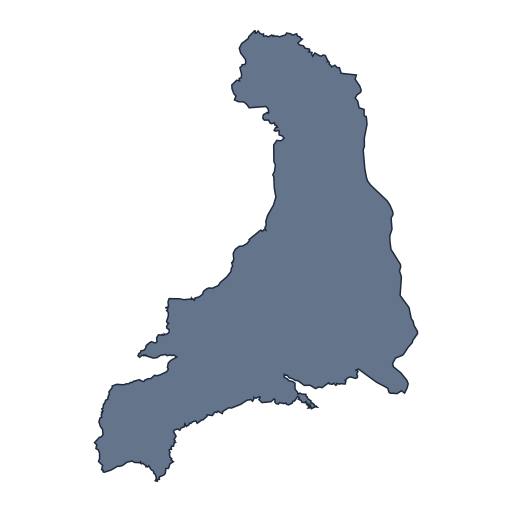 the district of Simití, Bolívar, Colombia
{"feature_id": "7082276B2772828416009", "entity_name": "Simití", "entity_type": "district", "adm_level": 2, "iso_a3": "COL", "parent_name": "Colombia", "parent_adm1": "Bolívar", "projection": "mercator", "projection_center": [-74.07, 7.876], "detail": "fine", "context": "isolated", "style": "filled", "palette": "slate", "viewbox_px": 512, "rotation_deg": 0, "n_neighbors": 0, "source": "geoboundaries", "source_scale": "gbopen_adm2", "svg_char_len": 6030}
<svg xmlns="http://www.w3.org/2000/svg" viewBox="0 0 512 512"><path d="M254.6,30.7L248.7,36.7L248.4,38.4L241.7,43.5L239.3,48.2L240.6,53.0L245.4,59.3L245.8,62.8L244.8,64.5L242.1,64.7L241.7,66.2L239.9,67.6L241.6,74.5L241.2,77.8L239.1,78.5L239.6,80.9L236.7,80.2L231.8,85.0L232.0,88.7L233.9,93.8L236.0,96.0L234.4,99.9L238.5,101.7L243.7,101.9L246.9,104.5L249.1,107.8L265.9,106.5L268.1,108.8L268.7,112.3L268.2,113.3L267.1,112.5L263.3,114.8L262.8,118.4L264.3,120.1L268.6,120.1L269.9,122.8L271.3,123.7L274.4,122.9L274.7,124.9L276.3,125.4L277.5,127.2L275.8,127.4L274.1,130.4L275.2,131.1L279.0,130.5L279.1,134.9L282.2,135.9L284.1,138.2L281.1,140.8L276.8,140.4L273.7,145.0L273.9,161.7L275.4,164.9L274.5,171.3L272.8,174.9L273.8,176.8L274.3,188.2L275.9,197.1L273.5,205.1L267.6,215.4L265.8,221.4L266.2,225.2L265.0,227.3L265.7,230.2L264.3,229.3L262.4,231.4L261.0,230.1L260.3,230.4L249.1,239.5L249.5,240.4L247.1,243.5L242.7,246.0L239.2,246.3L235.3,249.3L233.2,253.4L233.8,259.9L232.9,260.8L233.1,262.1L231.7,262.6L232.6,266.2L231.3,268.4L230.9,271.6L226.7,277.0L220.2,282.5L218.4,285.5L212.5,288.2L208.6,288.0L206.4,289.0L203.6,291.2L202.5,294.3L199.4,296.8L195.0,298.0L194.4,300.2L192.7,299.0L193.3,298.4L191.7,299.3L191.3,298.2L191.0,299.0L183.9,299.7L179.6,298.8L169.1,298.6L168.0,301.9L168.5,306.7L165.3,307.8L167.5,308.1L167.8,309.4L166.6,310.6L168.3,312.4L168.3,316.2L166.5,321.6L167.4,323.0L168.6,323.1L166.5,326.7L167.1,328.5L169.0,329.3L169.2,332.2L167.3,333.9L165.0,334.5L164.3,334.0L164.4,334.8L163.3,335.4L162.1,334.4L161.5,335.1L158.5,334.8L156.6,337.9L157.0,341.6L156.3,342.4L155.2,343.0L151.3,341.7L149.6,342.7L146.2,345.5L145.6,348.3L143.9,350.3L140.9,350.8L140.3,352.9L139.1,353.3L137.9,355.7L139.7,357.3L142.0,355.2L143.5,355.7L144.0,354.9L144.8,355.6L145.9,355.1L146.0,355.8L153.3,358.1L157.1,357.6L160.5,355.3L165.7,354.5L167.0,355.7L170.3,354.9L171.2,355.5L173.7,355.1L176.8,357.0L170.7,360.5L168.3,363.0L167.4,367.4L168.4,369.1L166.7,371.7L160.2,374.8L156.9,375.8L154.6,375.2L151.0,378.5L147.7,378.8L144.7,380.2L144.0,381.4L142.5,381.4L139.4,379.7L133.2,381.4L132.3,382.5L130.5,382.4L128.6,383.8L126.2,383.8L123.7,384.8L116.8,384.3L112.2,386.0L112.1,387.8L108.9,391.9L109.3,394.5L108.5,395.3L107.6,399.4L105.6,400.2L104.6,403.6L103.5,404.1L103.0,408.2L101.8,408.9L103.0,411.3L101.5,412.1L102.2,413.1L101.3,414.3L101.6,417.2L100.0,418.0L98.9,421.7L100.5,426.7L102.5,429.3L103.0,434.8L100.9,437.1L99.4,437.3L94.5,442.7L96.8,444.7L95.9,448.5L98.4,450.0L99.6,453.4L99.6,458.5L98.5,461.4L102.6,465.4L101.6,469.7L103.4,470.3L103.0,471.7L104.1,472.3L111.0,470.1L117.8,466.1L119.3,466.4L122.5,465.5L127.0,462.2L132.4,461.0L134.3,462.4L139.1,462.7L140.5,461.8L140.5,463.2L141.4,463.8L142.7,463.3L146.0,465.7L145.8,466.7L147.8,466.9L148.8,465.8L151.1,469.6L153.5,471.2L153.8,473.3L155.2,474.2L156.0,476.7L156.3,479.0L155.2,480.7L157.2,481.3L157.7,479.6L159.4,479.3L159.2,477.0L163.8,475.0L165.3,473.4L165.9,468.5L168.5,468.4L170.0,463.8L173.4,461.7L171.1,460.0L171.8,458.8L169.9,456.9L169.4,453.9L170.1,452.5L169.0,450.1L170.1,449.2L171.4,449.4L171.3,446.3L173.5,446.2L174.1,443.2L175.4,442.4L174.4,442.0L175.1,440.8L174.1,439.5L176.1,436.2L173.5,431.6L174.1,430.1L177.5,429.0L179.8,430.2L181.1,427.9L184.2,426.9L184.9,423.9L186.3,426.5L188.9,424.8L189.6,423.1L190.8,423.4L192.9,421.6L195.8,421.0L197.2,423.3L202.0,419.8L203.0,419.9L207.0,416.3L207.1,414.9L212.4,415.5L214.4,412.6L215.5,412.0L216.8,412.5L217.7,411.1L222.3,413.6L223.0,411.3L228.6,407.8L231.6,408.0L240.8,404.3L247.0,400.2L250.9,399.6L252.5,401.2L253.7,399.5L253.9,397.3L255.9,398.2L259.1,396.8L260.2,397.1L258.9,399.6L262.0,402.6L270.9,401.7L274.2,398.9L275.2,400.1L274.7,401.8L276.3,403.7L278.5,404.1L279.4,402.6L283.7,403.6L285.8,403.0L286.4,404.2L288.5,404.9L292.3,403.1L293.0,401.1L294.6,401.0L297.3,396.9L298.3,396.7L299.4,397.9L298.3,399.1L301.0,400.5L302.0,402.4L304.7,402.6L305.9,401.8L305.7,402.8L306.7,402.7L306.9,404.0L308.8,404.2L307.2,404.9L308.5,405.5L308.4,407.0L309.3,406.3L309.6,407.4L308.8,408.0L309.9,407.9L310.5,406.0L311.5,408.7L315.1,406.8L317.2,407.1L316.0,406.0L314.9,406.1L313.8,404.1L310.7,402.0L311.0,400.9L307.5,398.5L307.3,397.0L305.8,395.6L305.9,394.3L301.8,394.1L299.8,393.1L297.9,394.4L297.7,392.5L295.0,389.1L295.0,383.3L292.7,381.6L288.5,380.5L287.5,379.0L284.2,377.3L284.3,374.5L285.7,375.4L287.2,375.2L289.3,377.8L292.8,378.8L295.5,380.6L297.8,380.6L304.3,385.4L309.9,385.2L315.6,388.6L318.8,386.9L322.0,387.7L328.6,382.8L329.1,383.8L332.4,384.3L333.9,383.2L335.7,385.3L336.5,385.0L336.8,383.4L339.5,384.2L340.1,383.7L345.2,384.0L345.9,381.0L345.0,380.4L347.7,377.9L350.3,376.9L355.8,378.4L357.3,377.6L357.6,375.8L356.6,374.2L358.0,371.4L357.2,370.4L355.3,370.5L358.4,369.0L376.5,382.2L387.7,388.1L389.0,392.3L390.0,393.1L397.1,393.6L401.4,390.8L404.6,393.1L407.1,388.0L408.2,383.8L406.9,380.4L400.8,372.8L393.4,366.8L392.6,363.5L395.5,358.1L402.6,355.2L403.9,353.8L408.1,347.3L412.2,342.7L412.9,340.2L417.5,333.7L417.4,331.2L413.9,325.3L413.2,321.3L411.3,318.8L409.0,307.5L400.1,295.5L401.4,277.0L399.5,270.9L400.7,267.0L400.4,264.4L391.0,249.4L389.9,241.1L389.8,235.8L392.0,229.1L391.1,218.1L393.0,214.5L392.7,211.6L389.8,204.9L387.1,200.8L370.7,185.2L367.6,181.0L366.4,177.3L364.8,168.6L363.2,149.9L364.4,146.5L364.3,138.3L367.0,124.4L366.5,118.4L366.2,116.5L364.7,116.1L364.1,114.9L364.1,109.4L359.1,107.8L357.8,101.4L355.2,97.9L356.9,95.0L360.7,92.2L361.2,90.2L359.7,85.9L355.1,79.2L356.4,75.0L341.2,73.3L339.4,67.6L337.3,67.7L334.9,65.2L331.5,66.9L330.8,65.3L329.1,64.2L329.4,62.8L328.4,61.2L327.4,61.7L327.5,60.2L325.3,55.5L323.2,55.0L321.2,56.1L319.9,55.9L314.8,53.0L312.8,56.3L311.7,54.2L312.0,52.5L308.7,51.8L309.8,50.2L309.2,49.0L305.2,48.3L303.4,45.8L299.6,44.9L297.9,43.0L302.3,39.1L300.7,38.4L300.1,37.0L297.4,36.0L296.7,33.8L292.4,35.1L290.8,33.8L286.6,33.0L285.5,34.9L279.6,36.8L276.8,36.0L275.0,36.4L273.8,35.4L272.8,36.2L271.8,35.0L268.3,36.9L266.4,35.9L263.7,36.2L263.5,33.9L262.3,34.5L259.8,33.2L258.2,31.0L256.1,33.2L255.2,33.1L255.3,31.1L254.6,30.7Z" fill="#64748b" stroke="#1e293b" stroke-width="1.5"/></svg>